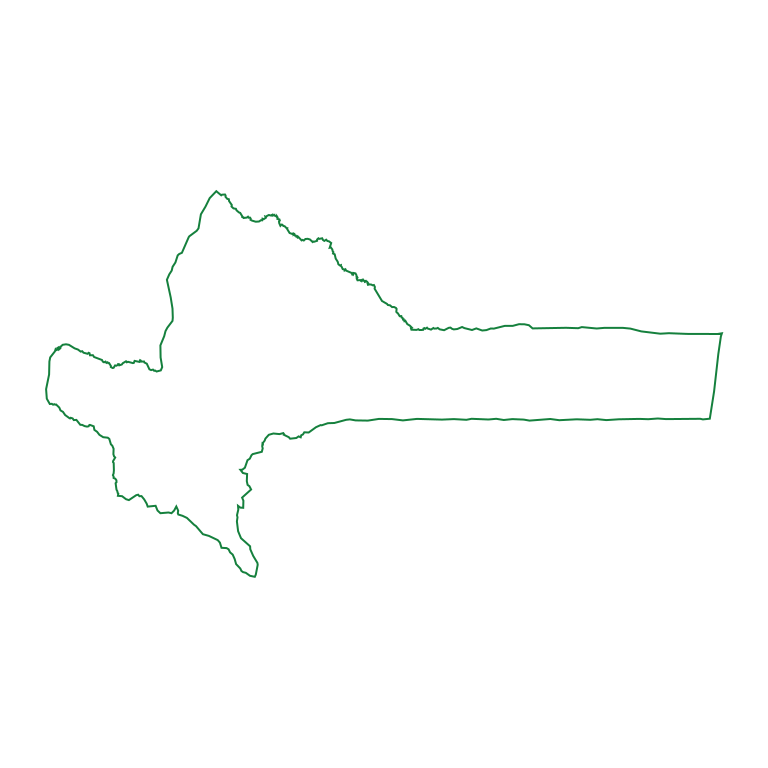 the district of Bariadi, Simiyu, United Republic of Tanzania
{"feature_id": "72390352B92057106188413", "entity_name": "Bariadi", "entity_type": "district", "adm_level": 2, "iso_a3": "TZA", "parent_name": "United Republic of Tanzania", "parent_adm1": "Simiyu", "projection": "natural_earth1", "projection_center": [34.103, -2.601], "detail": "fine", "context": "isolated", "style": "outline", "palette": "green", "viewbox_px": 768, "rotation_deg": 0, "n_neighbors": 0, "source": "geoboundaries", "source_scale": "gbopen_adm2", "svg_char_len": 6072}
<svg xmlns="http://www.w3.org/2000/svg" viewBox="0 0 768 768"><path d="M719.4,333.7L719.7,334.0L686.9,333.9L668.9,333.2L660.3,333.7L641.3,331.4L630.4,328.6L623.2,327.9L603.9,327.9L596.7,328.5L581.8,327.1L578.2,328.2L566.1,327.8L532.6,328.4L528.9,325.2L524.5,324.3L519.0,324.2L512.6,325.9L504.7,325.9L493.9,328.6L490.8,328.5L486.4,330.1L482.2,330.5L476.3,328.4L472.0,330.0L464.4,328.1L462.1,327.0L457.3,329.0L453.8,329.4L452.0,328.8L450.5,327.6L448.8,327.8L444.1,330.2L439.6,329.3L437.8,327.9L436.6,328.5L434.2,328.6L433.4,328.0L431.0,329.6L427.6,328.5L427.0,327.7L425.2,328.8L424.4,328.1L423.5,328.5L423.2,329.8L421.7,330.0L419.3,330.0L418.4,329.2L416.6,329.9L411.4,329.7L410.9,328.2L411.9,327.7L409.8,325.6L407.3,324.1L405.3,320.7L404.4,321.2L403.7,319.3L403.0,319.5L402.5,317.8L401.6,317.5L401.3,316.1L399.7,316.2L397.9,313.3L396.7,312.4L396.3,311.8L396.6,308.9L395.9,307.9L394.0,307.0L392.1,307.1L390.0,305.3L387.9,305.0L387.0,303.9L382.0,301.0L374.6,288.7L374.9,287.0L373.9,285.0L372.6,285.3L371.4,284.6L369.4,284.4L368.0,284.8L367.7,283.9L368.4,283.8L368.3,283.4L367.2,281.8L366.6,281.4L365.2,281.8L365.4,280.9L364.1,281.0L363.0,279.6L361.9,281.0L361.4,280.2L360.8,280.7L360.3,280.1L357.5,280.3L356.7,278.7L357.5,277.7L357.1,276.9L356.5,276.8L356.5,275.3L355.5,273.4L353.8,273.0L353.3,274.2L352.8,273.4L352.2,274.3L351.5,272.9L346.1,270.6L345.5,269.4L344.5,270.3L344.3,269.4L342.7,269.1L341.6,266.7L340.7,265.8L340.8,265.2L340.0,265.5L338.4,264.3L337.7,261.7L335.7,258.6L334.7,254.3L333.0,253.5L333.4,252.1L332.7,251.3L332.3,249.4L330.8,247.4L329.7,247.7L331.2,243.0L328.9,241.3L327.4,241.0L326.2,239.7L324.3,240.9L322.9,239.9L322.2,238.3L319.1,238.9L318.4,238.3L317.1,239.5L317.1,240.8L313.9,241.8L313.1,241.5L312.6,242.0L310.0,239.5L307.7,238.8L305.4,239.0L303.8,240.5L302.6,239.9L301.6,240.4L298.8,237.4L297.9,237.6L297.9,236.8L297.4,236.9L297.1,236.2L296.3,236.6L295.8,235.6L295.0,235.6L294.5,234.3L293.6,234.8L293.7,233.6L293.3,233.4L292.9,234.2L289.6,233.0L287.2,229.1L287.3,228.2L286.6,228.2L284.6,226.2L283.4,226.0L282.3,224.7L281.5,224.6L280.4,225.8L279.2,223.1L279.0,221.3L279.8,220.6L279.4,219.4L277.4,218.9L277.6,217.4L276.9,216.3L276.8,217.0L276.0,216.1L274.5,215.6L274.4,214.9L272.5,215.6L272.4,214.7L270.7,215.5L268.9,215.0L267.0,215.9L266.2,216.9L265.4,216.6L265.8,217.8L263.7,219.2L262.5,218.7L262.2,220.3L261.0,220.2L259.0,221.5L255.7,221.7L252.0,220.6L250.5,219.8L250.7,218.6L250.0,217.6L248.7,217.7L248.0,216.7L246.8,217.6L243.6,218.0L243.4,217.3L242.2,217.0L242.2,216.2L240.2,212.9L238.9,212.4L236.5,210.3L235.9,208.8L233.5,208.4L231.5,206.5L231.8,205.0L229.1,201.1L228.8,199.2L227.3,198.9L225.5,196.8L225.6,195.5L225.0,194.5L221.9,194.7L221.2,195.3L216.3,191.2L209.7,198.1L205.5,206.6L200.9,214.3L198.5,228.4L196.7,230.8L189.3,236.3L188.7,237.2L181.9,252.8L179.2,254.0L177.7,255.4L175.4,262.5L172.6,266.8L171.7,270.6L169.3,274.3L166.9,279.8L170.7,297.4L172.5,308.6L172.8,317.7L172.5,320.9L167.4,327.6L165.5,331.1L164.2,336.2L160.4,345.4L160.6,357.5L162.2,367.1L160.8,370.4L156.6,371.5L155.0,370.5L154.2,370.8L153.0,369.6L151.1,370.1L149.4,369.3L146.8,363.7L144.4,362.5L144.0,361.5L141.1,361.6L140.8,360.6L140.1,360.2L139.4,361.9L134.6,360.9L133.8,362.9L132.9,363.1L128.0,361.8L126.8,362.3L126.0,361.3L122.8,363.2L121.8,364.5L119.3,365.3L118.9,364.1L118.3,364.1L118.4,364.6L116.4,365.7L115.1,365.4L113.6,367.8L112.6,368.0L110.8,367.0L110.9,366.0L109.1,363.1L108.3,363.2L107.6,362.3L106.4,362.9L105.5,361.6L104.0,362.3L102.8,361.6L102.0,360.0L94.1,357.0L92.9,355.2L90.0,355.3L89.5,353.2L88.6,352.8L87.6,353.8L83.5,352.7L82.2,351.2L80.7,351.6L77.9,349.5L74.7,348.4L68.9,344.8L66.0,344.3L62.7,344.8L60.6,346.7L60.4,348.2L59.0,349.4L58.6,347.3L57.3,348.1L57.7,349.5L56.5,350.1L55.6,349.2L54.9,351.4L50.2,357.4L49.4,361.5L49.1,374.5L46.1,389.2L46.8,398.7L49.8,404.0L51.8,403.8L53.1,404.7L54.3,404.2L55.2,404.7L56.1,404.5L59.3,407.6L60.5,410.4L63.0,411.9L65.1,415.0L69.6,418.3L70.2,418.4L70.7,417.8L72.6,418.4L73.8,420.1L76.4,419.9L80.3,424.8L82.2,424.9L84.6,426.1L87.0,426.6L88.6,426.3L89.4,425.0L89.9,424.9L93.7,426.3L94.4,429.9L97.1,431.8L99.4,434.8L103.2,437.2L107.8,437.7L109.3,438.9L110.9,444.3L112.3,445.7L113.6,448.8L113.4,454.2L114.1,456.4L115.2,457.5L113.1,461.1L113.0,462.1L113.7,463.0L113.9,470.4L113.6,473.5L112.9,475.1L113.6,476.5L113.6,478.0L115.3,478.7L116.4,480.3L116.5,482.2L115.6,483.2L116.5,489.7L117.3,491.1L117.7,493.0L118.3,493.6L117.9,495.8L122.1,496.2L126.0,499.2L128.9,500.1L136.2,495.2L138.2,494.7L139.4,496.2L141.5,496.1L144.2,499.4L146.7,503.7L147.7,506.6L155.6,505.8L157.5,510.5L160.4,513.2L168.5,512.5L171.5,513.2L174.1,510.6L176.3,506.5L178.2,510.7L177.8,513.1L178.3,514.5L182.5,515.8L186.9,517.9L194.0,524.7L196.0,526.1L202.9,534.2L208.9,535.9L217.7,540.1L219.9,542.6L221.5,547.8L226.6,548.1L228.6,549.3L230.1,552.4L232.7,554.6L234.7,559.1L236.1,564.1L240.3,568.5L241.4,570.9L243.0,572.1L245.8,572.8L250.0,575.8L254.8,576.8L255.8,574.6L257.7,564.8L257.4,562.9L253.2,555.9L250.3,549.3L250.1,546.3L241.0,538.2L238.1,531.2L236.9,521.4L237.5,517.3L237.0,515.2L238.3,509.6L238.0,505.8L240.3,507.6L243.2,507.8L243.4,500.7L242.1,497.6L251.1,489.5L249.4,486.2L247.6,484.9L246.8,481.1L247.1,474.0L242.9,473.0L240.4,469.8L242.3,469.7L244.9,467.7L247.5,460.2L249.8,458.7L251.5,455.2L252.7,454.1L261.8,451.8L262.7,448.4L262.2,446.2L262.5,443.5L262.9,443.8L262.9,442.9L264.7,440.6L265.4,438.6L268.8,434.8L273.4,433.5L279.5,434.1L283.3,433.1L284.2,434.4L283.9,434.8L288.8,437.2L290.1,438.7L296.3,438.0L298.6,436.4L300.7,437.3L301.2,435.3L303.0,434.4L304.3,432.3L308.7,432.5L316.0,427.2L320.6,425.1L321.7,425.3L327.9,423.2L334.3,423.0L346.2,419.8L349.9,419.4L355.6,420.4L367.9,420.6L379.0,418.9L392.2,419.1L402.9,420.4L417.0,418.9L442.0,419.6L453.9,419.1L466.4,419.8L471.6,418.8L488.5,419.5L496.2,418.8L503.8,420.0L512.4,419.1L523.8,419.6L529.5,420.6L550.3,419.0L559.3,420.2L576.7,419.3L590.3,419.8L597.4,419.2L606.4,420.1L618.6,419.3L639.3,418.9L648.3,419.2L657.8,418.5L666.1,419.1L700.2,418.8L702.9,419.4L709.8,418.7L714.1,391.3L718.3,354.1L720.9,336.3L721.9,333.3L719.4,333.7Z" fill="none" stroke="#15803d" stroke-width="2"/></svg>